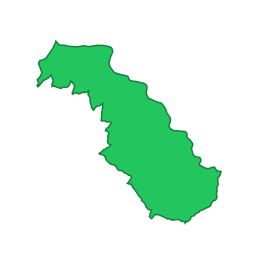 Nova Marilândia, Mato Grosso, Brazil (Natural Earth projection), rotated 49°
{"feature_id": "56859067B8874694960796", "entity_name": "Nova Marilândia", "entity_type": "district", "adm_level": 2, "iso_a3": "BRA", "parent_name": "Brazil", "parent_adm1": "Mato Grosso", "projection": "natural_earth1", "projection_center": [-57.302, -14.299], "detail": "fine", "context": "isolated", "style": "filled", "palette": "green", "viewbox_px": 256, "rotation_deg": 49, "n_neighbors": 0, "source": "geoboundaries", "source_scale": "gbopen_adm2", "svg_char_len": 5828}
<svg xmlns="http://www.w3.org/2000/svg" viewBox="0 0 256 256"><g transform="rotate(49 128 128)"><path d="M237.2,147.3L236.3,145.7L237.2,145.5L237.4,144.6L237.9,143.4L237.9,141.7L237.5,140.5L237.1,139.7L236.6,138.8L236.7,137.4L237.4,136.3L237.6,135.2L237.1,132.7L237.6,131.4L238.1,129.2L237.6,128.3L237.8,127.2L238.3,126.3L239.3,124.0L239.3,122.9L239.5,121.9L239.9,120.9L240.7,118.3L240.8,116.9L240.2,115.6L239.5,114.3L239.0,113.0L239.0,111.6L239.3,110.2L239.8,109.2L239.5,107.8L238.9,107.3L238.5,106.1L237.7,105.6L237.0,105.1L236.0,104.7L235.1,103.7L234.3,102.5L233.6,101.7L232.7,101.1L231.7,100.6L231.1,99.7L230.5,98.6L230.0,97.3L229.0,96.4L228.3,95.8L227.1,95.4L226.6,94.7L225.7,93.9L224.4,92.9L224.5,91.3L224.1,89.9L223.5,88.7L222.7,87.5L221.9,86.4L220.9,86.9L219.7,88.2L219.3,89.1L214.1,88.4L212.7,91.0L212.2,92.1L211.9,93.2L211.4,93.9L209.6,95.6L208.5,96.0L207.2,96.8L206.3,96.9L205.3,97.6L204.5,97.5L203.5,98.4L202.6,98.0L201.8,98.3L201.5,96.7L200.9,95.1L200.2,94.2L199.4,93.6L198.2,93.2L196.6,93.6L196.0,94.3L195.0,95.2L193.9,95.9L192.4,96.3L190.5,96.2L189.3,95.7L188.5,95.3L187.5,94.8L186.1,94.0L184.8,93.3L184.3,92.1L183.7,90.7L182.5,89.7L181.7,89.3L180.8,89.3L179.0,89.2L177.5,89.0L176.6,89.3L175.3,89.5L173.6,89.5L172.0,88.1L170.8,87.2L169.6,87.1L168.8,87.1L167.6,87.6L167.0,88.4L166.4,88.9L165.6,89.7L164.6,90.7L164.0,91.2L163.1,92.0L161.9,93.0L161.3,93.9L160.7,94.6L159.8,95.3L158.8,95.7L157.1,96.2L154.9,96.4L153.7,96.0L152.7,94.8L151.9,93.7L151.4,92.7L150.9,91.9L149.7,90.6L148.1,89.5L146.3,89.2L145.3,89.0L143.6,89.1L142.7,89.2L141.4,88.4L139.8,87.7L135.3,86.6L132.7,86.6L131.6,86.6L130.1,87.0L129.2,87.8L126.4,89.5L125.7,89.8L124.8,90.4L123.3,90.9L122.3,91.4L121.1,91.8L120.0,92.7L119.1,93.1L117.1,92.5L116.3,92.3L115.5,92.3L113.9,91.4L113.1,90.8L111.6,89.2L110.8,88.1L110.0,87.2L109.3,86.6L108.4,86.2L107.6,86.0L106.8,86.1L104.4,86.9L101.5,89.1L100.4,89.8L99.6,90.5L98.7,90.9L98.0,91.5L97.3,92.1L96.5,93.1L94.3,94.7L93.3,95.1L92.3,95.3L90.7,94.8L89.7,94.3L88.6,94.4L87.5,95.1L85.4,96.5L84.7,97.2L84.0,97.6L82.8,98.5L80.9,99.6L78.7,101.1L77.7,101.6L76.6,102.0L75.8,101.9L75.0,101.8L72.3,101.7L70.9,101.5L69.5,101.2L67.2,100.2L66.1,99.2L65.0,97.6L63.8,96.1L63.3,95.1L61.9,92.7L61.6,91.8L60.8,90.1L59.9,89.1L58.9,88.5L57.8,88.1L56.1,87.9L54.8,88.5L51.4,90.9L50.5,91.7L49.5,92.7L48.8,93.2L48.1,93.9L47.2,95.0L46.7,95.7L45.3,97.0L43.9,99.5L43.1,100.6L42.6,101.7L41.8,102.7L41.4,103.5L40.8,104.1L39.5,105.4L38.8,105.9L38.1,106.6L37.3,107.0L36.7,107.6L36.3,108.6L35.4,109.9L33.8,112.6L32.9,113.6L32.4,114.4L31.7,114.9L31.1,115.5L30.3,116.2L29.8,116.8L29.2,117.4L26.0,120.3L24.7,121.0L23.3,122.3L20.2,125.5L15.2,125.5L16.0,126.4L16.4,127.3L16.9,128.8L17.5,130.1L18.4,132.2L18.9,133.7L19.2,135.4L19.7,136.9L20.0,138.4L20.5,139.7L20.6,140.9L21.1,142.0L21.4,143.5L21.4,144.7L21.3,145.8L20.7,147.2L20.1,149.0L19.5,150.0L19.4,151.2L20.7,153.2L28.5,156.2L29.7,156.3L31.3,160.0L31.8,161.7L31.9,164.4L32.4,165.0L35.0,165.7L35.8,166.5L35.9,167.8L36.3,168.6L37.6,169.1L37.9,167.6L37.7,166.0L37.3,164.9L37.1,162.2L36.6,160.3L37.0,159.5L37.6,157.8L37.8,155.6L38.0,154.6L37.7,151.3L38.5,151.6L39.3,151.7L41.1,152.7L42.8,152.8L43.9,154.6L45.4,157.0L46.9,158.1L47.2,157.2L47.8,156.4L49.8,155.2L52.6,153.6L53.8,153.0L54.2,152.0L54.4,151.0L55.1,149.7L55.9,148.9L57.1,147.3L57.5,145.7L57.1,144.1L56.4,142.4L55.9,141.3L55.0,140.4L57.1,140.0L61.4,140.7L61.9,141.8L63.0,143.5L63.4,144.4L64.1,145.2L64.5,146.0L64.9,146.9L65.4,147.6L66.4,147.6L66.3,146.4L66.4,145.3L67.3,144.2L69.9,142.8L70.4,141.9L70.7,141.0L71.0,140.0L70.9,139.2L72.4,137.9L73.4,136.6L73.8,135.9L74.1,134.3L74.1,133.2L75.4,134.3L76.0,135.8L77.2,136.4L78.3,136.5L79.1,136.5L79.9,136.6L80.9,137.2L81.5,137.8L82.5,138.8L83.7,139.5L85.0,140.2L86.3,140.6L87.1,141.0L87.8,141.6L88.6,142.1L90.5,142.3L91.3,142.6L92.1,142.0L91.4,140.4L91.2,139.4L91.1,138.1L91.4,136.8L92.6,134.7L92.8,133.3L92.9,132.4L93.0,131.2L95.4,133.1L98.0,136.3L98.7,137.4L99.4,138.0L100.3,138.7L101.0,139.2L101.5,140.0L102.1,140.5L102.8,141.0L103.5,141.5L104.0,142.7L104.8,143.5L105.9,142.8L106.8,141.5L107.7,140.7L108.7,140.4L109.9,139.8L110.4,138.7L111.2,137.7L112.2,137.5L113.3,137.4L113.9,140.3L114.2,141.1L114.7,142.0L114.4,143.0L114.3,144.3L114.9,146.6L115.8,146.6L116.5,146.0L117.7,145.4L118.5,145.7L119.6,145.9L120.1,146.6L120.3,147.6L120.8,148.5L121.4,149.1L122.2,149.4L122.9,150.0L123.4,151.0L124.4,152.0L125.3,152.6L126.3,153.0L127.3,153.0L128.1,152.7L129.4,152.0L129.9,155.3L129.4,156.2L129.0,156.9L129.0,158.0L129.2,159.1L128.7,160.1L128.4,161.2L128.4,162.1L128.6,163.5L128.6,164.9L128.2,166.4L129.0,166.6L130.0,166.0L131.1,165.1L131.9,164.6L132.9,164.2L134.0,164.0L135.5,164.5L136.5,165.0L137.3,165.2L138.1,165.4L139.8,165.3L141.7,165.2L143.2,165.1L144.3,164.6L145.1,164.0L146.1,163.2L147.1,162.6L148.3,162.4L150.3,162.4L151.1,162.7L152.1,162.9L153.0,162.9L154.0,162.7L154.9,161.8L155.9,160.9L156.6,160.4L157.3,160.4L158.5,160.1L159.4,160.1L160.2,159.9L161.1,159.4L161.7,158.8L162.8,158.6L163.7,158.7L164.4,158.3L165.2,157.7L166.0,157.3L167.6,157.6L168.1,158.9L168.5,160.4L168.6,161.3L169.3,162.9L169.3,164.8L170.1,164.5L171.6,163.4L172.8,162.3L173.8,162.9L174.8,162.8L176.0,163.4L178.3,163.2L186.8,164.4L187.9,164.3L189.2,164.1L190.1,164.1L191.0,164.6L191.7,165.4L192.6,165.3L193.3,165.1L194.3,165.0L195.2,164.9L197.2,165.2L198.0,165.5L198.9,165.9L199.9,166.2L200.8,166.0L201.8,166.2L203.1,166.0L204.0,165.0L204.7,164.4L205.5,164.1L205.7,165.1L207.0,167.1L208.2,169.0L208.8,170.0L210.4,169.9L211.9,169.6L211.7,167.9L211.0,164.5L212.0,163.6L212.6,162.7L213.5,161.9L215.1,161.0L216.9,160.2L218.0,159.8L218.8,159.2L221.0,158.5L221.9,158.1L222.7,157.7L223.3,156.8L224.2,156.0L225.3,155.6L226.5,155.3L227.2,154.1L229.0,151.5L229.8,150.6L230.5,149.5L231.6,149.4L232.8,148.9L233.6,148.9L234.2,147.8L235.1,147.3L235.9,146.9L237.2,147.3Z" fill="#22c55e" stroke="#15803d" stroke-width="1.5"/></g></svg>